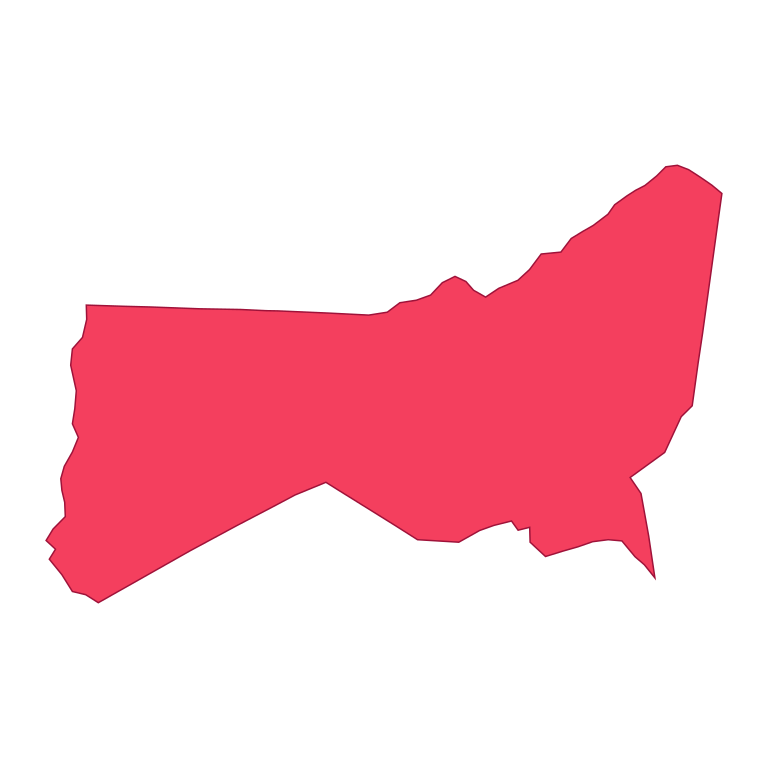 João Alfredo, Pernambuco, Brazil
{"feature_id": "56859067B12344911286731", "entity_name": "João Alfredo", "entity_type": "district", "adm_level": 2, "iso_a3": "BRA", "parent_name": "Brazil", "parent_adm1": "Pernambuco", "projection": "robinson", "projection_center": [-35.594, -7.855], "detail": "fine", "context": "isolated", "style": "filled", "palette": "rose", "viewbox_px": 768, "rotation_deg": 0, "n_neighbors": 0, "source": "geoboundaries", "source_scale": "gbopen_adm2", "svg_char_len": 1236}
<svg xmlns="http://www.w3.org/2000/svg" viewBox="0 0 768 768"><path d="M72.4,348.9L70.7,365.2L76.3,390.7L74.8,408.7L72.4,423.8L78.4,437.4L72.4,452.0L64.3,466.3L60.8,478.7L61.9,490.4L64.7,502.3L65.3,516.6L53.1,529.0L46.1,540.5L55.5,549.2L49.3,559.2L61.9,574.7L72.4,591.5L85.7,594.7L98.3,602.7L189.9,550.9L237.2,525.4L276.2,505.0L295.0,495.0L325.9,482.3L337.2,489.4L395.0,525.4L417.5,539.7L458.8,542.2L479.6,530.5L493.9,525.4L511.5,521.0L518.1,530.2L529.7,527.3L530.1,542.2L545.5,556.5L562.6,551.2L578.0,546.8L592.6,541.7L608.2,539.7L621.9,540.9L635.0,556.7L644.4,564.8L654.9,577.9L648.7,536.1L641.0,493.5L630.1,477.5L664.7,452.4L681.2,416.7L692.2,405.8L698.1,363.2L702.6,333.1L718.5,217.8L721.9,193.5L711.9,185.2L700.3,177.2L688.7,169.7L677.4,165.3L665.8,166.8L656.6,176.0L644.9,185.5L635.6,190.3L626.9,195.9L614.7,204.7L608.0,214.2L593.3,225.4L582.8,231.4L571.2,238.5L560.9,252.1L541.2,254.0L529.5,269.6L517.9,280.3L498.8,288.3L485.6,297.1L473.6,290.3L465.9,281.5L455.0,276.4L442.3,282.7L430.6,295.1L416.4,300.2L399.9,302.7L387.3,312.2L368.7,315.1L328.9,313.1L277.9,310.9L266.4,310.7L240.7,309.5L199.8,308.8L151.0,307.0L124.0,306.3L86.3,305.1L86.7,319.4L82.5,337.4L72.4,348.9Z" fill="#f43f5e" stroke="#9f1239" stroke-width="1.5"/></svg>